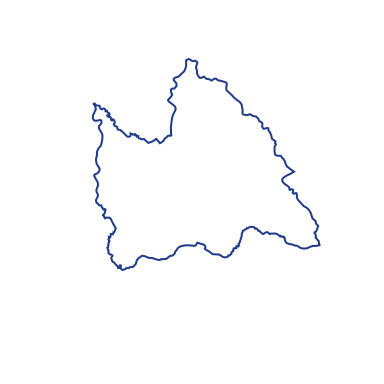 Wiang Chai, Chiang Rai, Thailand (Robinson projection), rotated 310°
{"feature_id": "78962969B32400228790118", "entity_name": "Wiang Chai", "entity_type": "district", "adm_level": 2, "iso_a3": "THA", "parent_name": "Thailand", "parent_adm1": "Chiang Rai", "projection": "robinson", "projection_center": [99.97, 19.862], "detail": "fine", "context": "isolated", "style": "outline", "palette": "blue", "viewbox_px": 384, "rotation_deg": 310, "n_neighbors": 0, "source": "geoboundaries", "source_scale": "gbopen_adm2", "svg_char_len": 6056}
<svg xmlns="http://www.w3.org/2000/svg" viewBox="0 0 384 384"><g transform="rotate(310 192 192)"><path d="M233.2,323.9L235.2,321.2L235.8,320.7L236.0,318.8L236.7,315.7L237.9,315.3L238.5,314.7L239.4,312.0L240.0,311.8L240.9,312.4L242.2,312.3L247.0,310.6L247.3,310.2L247.3,308.4L247.6,307.4L247.9,306.7L249.1,305.6L249.3,301.1L252.1,296.7L252.9,294.9L253.4,293.1L253.7,290.0L253.0,286.7L254.2,277.9L255.1,276.1L257.2,274.2L258.2,273.0L258.1,272.3L256.2,271.2L255.9,270.5L256.2,269.6L258.0,268.7L258.5,268.0L258.5,267.4L258.2,266.5L256.7,265.8L256.4,265.4L257.5,264.1L258.0,263.0L258.1,261.6L257.8,259.2L257.8,256.4L258.3,254.5L259.2,253.4L260.0,252.9L261.9,252.9L265.6,254.0L269.4,255.8L273.1,257.1L272.7,252.0L272.8,250.3L272.5,249.2L272.6,248.4L273.7,245.6L275.3,243.1L276.1,241.0L276.1,238.8L276.8,237.4L276.6,236.6L274.7,234.0L274.0,232.3L274.1,231.7L275.9,229.4L278.4,227.2L280.2,226.0L282.5,225.7L282.9,224.0L284.4,223.4L284.2,219.9L284.3,218.9L286.2,216.5L287.9,213.2L288.3,211.0L289.7,209.6L289.8,209.1L289.1,208.2L286.6,206.5L286.5,205.6L287.0,203.9L289.4,202.2L290.0,201.3L290.0,200.3L289.6,197.8L290.7,195.9L291.0,192.7L289.4,189.8L288.8,186.2L286.6,185.2L284.5,181.9L284.3,181.0L284.6,180.2L287.4,178.0L290.9,173.8L291.7,170.6L291.4,168.0L291.3,163.7L291.8,160.6L292.1,153.4L292.3,152.8L293.6,151.3L297.3,149.2L297.6,148.6L297.7,147.4L295.9,143.0L294.2,140.0L294.3,138.1L294.1,137.4L293.2,136.3L290.5,135.6L289.9,135.2L289.5,132.8L288.0,130.4L288.0,127.0L285.1,125.5L284.6,124.7L284.5,124.0L284.9,122.2L286.0,119.7L288.1,117.8L289.8,115.2L290.3,114.8L294.6,112.9L294.8,112.4L294.7,110.5L294.3,109.5L293.0,108.8L292.5,108.2L292.0,104.3L289.7,102.8L288.6,103.2L285.8,105.7L284.4,106.6L282.0,107.7L279.4,108.4L272.5,107.6L271.4,107.3L268.6,105.5L267.6,105.3L266.6,105.4L265.9,106.3L265.3,109.8L264.9,110.6L263.3,111.9L262.3,112.0L259.9,111.9L258.6,110.5L256.9,110.0L255.1,111.7L254.0,113.9L253.3,114.4L250.8,114.7L248.2,114.4L246.7,114.7L246.4,116.2L246.7,123.0L246.3,124.4L245.6,125.7L243.9,126.7L238.7,127.9L235.4,129.4L228.0,134.2L223.1,138.6L222.1,139.8L221.3,139.5L220.6,138.2L219.1,137.4L217.7,137.4L215.6,136.6L213.3,137.3L210.3,136.7L208.7,136.0L209.1,134.4L209.6,130.4L206.3,129.6L204.5,128.8L201.5,126.9L201.8,121.6L201.6,121.1L200.6,120.2L199.8,119.2L199.9,118.5L199.0,116.7L199.7,115.3L200.3,114.9L199.9,114.3L199.2,114.4L198.9,114.1L199.1,113.5L199.6,113.0L199.9,111.3L199.5,111.1L198.8,111.3L198.7,110.3L197.9,109.7L197.9,108.6L197.3,107.3L196.6,108.1L195.1,108.8L193.9,108.3L192.8,106.7L193.5,99.1L193.2,97.9L193.4,97.2L192.2,95.0L192.4,94.3L193.3,93.5L193.7,92.9L193.6,91.8L193.0,90.5L193.0,89.9L193.5,88.6L195.4,88.4L196.9,86.4L196.9,84.9L195.5,84.8L195.2,84.3L195.3,83.6L196.5,82.8L196.8,81.8L196.7,80.8L195.9,80.1L196.0,79.0L195.7,78.5L196.2,77.8L197.7,79.2L198.3,79.1L199.1,77.8L198.7,76.4L198.9,75.5L199.4,74.9L198.3,73.8L199.5,72.8L199.3,70.8L198.7,70.2L197.4,69.9L197.1,68.6L197.4,67.3L198.4,66.2L198.6,65.7L197.0,63.3L196.9,62.4L197.2,60.7L197.0,60.2L196.2,60.1L195.8,62.1L193.7,65.1L187.2,66.9L185.5,68.0L184.5,69.2L184.0,70.6L184.3,72.0L185.6,73.4L188.0,75.2L188.4,76.1L188.3,76.8L187.0,78.1L185.2,78.5L182.9,78.3L181.5,79.2L180.7,80.4L178.9,85.5L178.2,86.6L177.2,87.5L174.7,89.4L169.9,92.0L168.0,92.4L165.3,92.3L162.7,93.0L161.3,93.7L158.8,95.7L155.9,97.1L154.5,98.2L152.1,101.1L150.9,105.3L150.2,106.4L149.5,107.0L148.0,107.5L145.6,107.6L142.9,106.2L142.0,106.3L141.4,107.0L140.6,108.6L139.2,112.7L138.2,114.3L136.5,115.8L131.8,117.6L130.8,118.8L129.8,121.1L128.7,122.3L127.9,122.7L124.4,123.5L123.6,124.1L122.4,125.9L122.7,127.2L122.0,129.3L123.4,131.1L122.5,132.4L122.4,133.4L121.8,134.3L121.8,135.7L122.9,136.1L123.0,136.9L122.6,137.3L119.3,138.9L117.3,138.5L116.9,138.9L116.9,140.2L116.1,141.4L116.0,142.4L117.2,142.7L118.3,144.2L119.0,144.7L119.3,145.9L119.0,147.5L117.1,151.8L115.1,157.0L111.4,158.3L110.6,157.7L110.4,158.1L108.7,158.6L107.7,156.8L105.5,158.2L104.7,158.4L104.6,157.7L104.2,157.5L104.1,157.2L102.8,158.4L101.8,158.6L101.6,159.0L101.7,159.9L101.3,160.3L100.8,160.2L100.4,160.6L99.6,160.6L98.7,161.6L97.4,161.8L97.0,162.2L96.9,162.6L95.9,163.2L94.9,162.9L94.4,163.8L93.9,165.4L93.0,165.6L92.4,166.7L91.4,167.4L91.4,169.0L92.3,170.9L92.2,172.0L91.9,172.2L89.8,172.4L88.1,174.6L87.5,176.2L87.9,177.2L87.1,183.0L87.0,183.5L86.3,184.1L87.0,185.0L89.1,183.9L89.7,184.0L89.9,184.5L89.8,185.0L87.5,186.4L87.5,188.8L90.2,190.5L91.6,190.7L92.1,191.0L92.8,192.3L93.9,192.8L94.6,192.8L96.4,194.8L98.2,195.1L101.2,195.1L103.4,193.9L105.3,193.5L107.4,193.7L109.1,194.3L111.0,194.6L112.4,196.9L113.9,201.4L115.8,203.9L117.4,207.8L118.9,210.8L119.5,211.2L120.8,211.5L121.5,212.6L124.6,215.5L127.6,215.9L129.2,216.6L130.7,217.9L132.5,218.3L133.8,218.3L135.6,217.4L137.7,217.5L139.7,217.2L141.9,217.7L143.9,218.7L147.7,222.0L148.9,223.5L152.6,228.9L153.7,229.1L156.6,228.7L159.3,235.2L159.1,236.8L158.6,237.6L156.7,238.3L156.9,240.6L157.5,243.7L157.6,247.7L161.6,253.1L162.1,257.4L163.4,259.7L163.9,260.1L165.4,260.9L166.1,260.9L166.6,260.6L167.5,261.6L169.2,261.7L169.7,262.0L170.5,261.4L171.2,261.3L171.4,261.0L173.3,261.6L173.9,260.9L175.5,260.2L175.8,260.9L177.0,261.1L177.5,262.0L178.2,261.2L178.9,260.8L179.4,261.2L179.7,262.3L181.3,262.5L181.9,261.0L183.0,261.1L184.6,260.7L184.9,260.4L185.4,260.4L185.6,260.2L187.1,259.8L187.6,259.3L189.2,258.9L192.1,257.0L195.2,255.9L196.2,256.7L197.6,256.8L198.4,257.3L199.6,257.2L200.0,257.9L201.9,258.6L203.2,259.5L204.6,261.4L205.0,262.8L204.5,263.9L205.0,264.0L205.5,264.9L205.3,265.3L205.4,266.1L205.1,267.2L205.3,267.6L205.0,267.9L205.5,268.8L205.2,271.0L205.4,273.5L208.7,274.6L209.9,276.0L209.7,278.4L211.3,279.6L213.6,282.3L214.2,283.5L214.7,285.3L214.6,286.6L215.1,287.5L214.6,287.6L214.6,288.0L215.2,288.9L215.5,289.0L215.6,289.7L215.8,289.8L216.0,290.3L216.6,290.8L216.4,291.1L216.6,291.4L216.3,291.7L216.5,291.9L216.4,292.3L214.7,294.4L214.0,295.6L213.7,297.3L214.7,300.0L216.2,302.5L217.2,305.4L218.4,307.1L218.8,310.5L219.3,312.1L220.4,313.8L222.4,316.0L228.0,318.9L228.7,319.5L229.8,321.1L233.2,323.9Z" fill="none" stroke="#1e3a8a" stroke-width="2"/></g></svg>